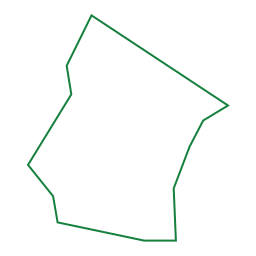 the Parish of Christ Church Nichola Town
{"feature_id": "KNA-5099", "entity_name": "Christ Church Nichola Town", "entity_type": "Parish", "adm_level": 1, "iso_a3": "KNA", "parent_name": "Saint Kitts and Nevis", "parent_adm1": "", "projection": "robinson", "projection_center": [-62.761, 17.359], "detail": "fine", "context": "isolated", "style": "outline", "palette": "green", "viewbox_px": 256, "rotation_deg": 0, "n_neighbors": 0, "source": "natural_earth", "source_scale": "10m", "svg_char_len": 272}
<svg xmlns="http://www.w3.org/2000/svg" viewBox="0 0 256 256"><path d="M91.5,15.4L228.0,105.5L203.2,120.5L189.6,146.6L173.7,188.4L175.9,240.6L144.1,240.6L57.6,222.4L53.1,196.2L28.0,164.9L71.3,94.4L66.7,65.7L91.5,15.4Z" fill="none" stroke="#15803d" stroke-width="2"/></svg>